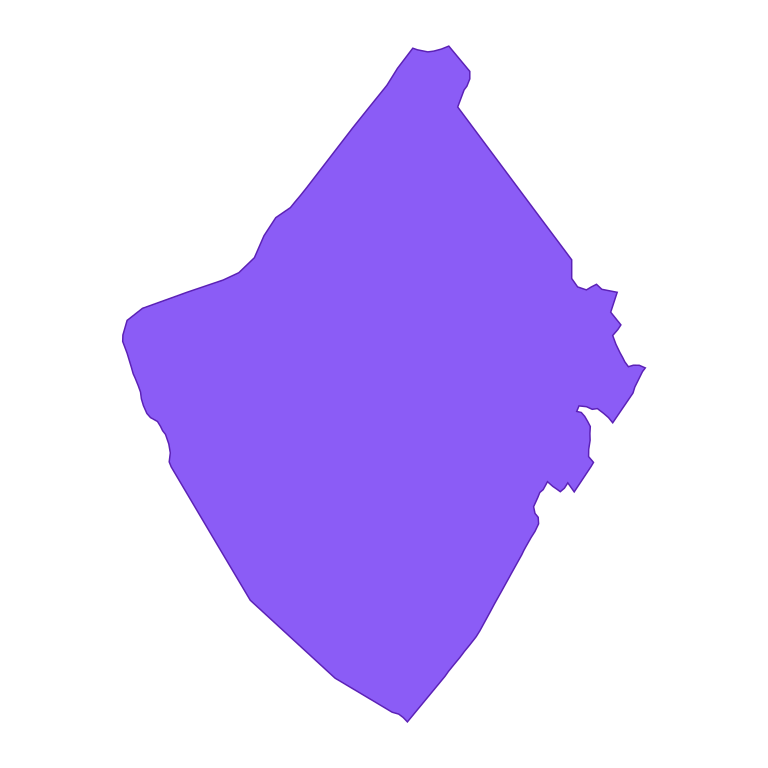 Anajatuba, Maranhão, Brazil (Natural Earth projection)
{"feature_id": "56859067B58311324239433", "entity_name": "Anajatuba", "entity_type": "district", "adm_level": 2, "iso_a3": "BRA", "parent_name": "Brazil", "parent_adm1": "Maranhão", "projection": "natural_earth1", "projection_center": [-44.559, -3.251], "detail": "fine", "context": "isolated", "style": "filled", "palette": "violet", "viewbox_px": 768, "rotation_deg": 0, "n_neighbors": 0, "source": "geoboundaries", "source_scale": "gbopen_adm2", "svg_char_len": 1716}
<svg xmlns="http://www.w3.org/2000/svg" viewBox="0 0 768 768"><path d="M620.9,324.9L610.7,312.2L617.2,292.3L601.8,289.3L596.5,284.3L591.2,287.0L586.4,289.9L577.6,286.9L571.7,278.5L571.7,259.8L535.2,211.0L457.7,107.0L464.1,89.9L466.9,86.2L469.8,78.9L469.8,71.4L448.8,46.1L441.3,49.1L433.8,51.1L427.8,51.9L417.4,49.8L412.8,48.2L397.5,68.3L386.9,85.3L369.0,107.5L352.9,127.6L306.8,187.5L300.5,195.4L294.7,202.3L290.4,207.6L275.8,217.6L264.0,235.7L254.4,257.7L238.8,272.7L223.2,280.0L187.2,292.2L142.5,308.3L127.1,320.4L122.9,335.0L122.7,341.5L127.1,353.2L131.4,367.4L133.2,373.8L135.2,378.2L138.2,385.6L140.5,392.0L141.4,398.9L143.4,405.6L146.9,413.5L150.5,417.6L157.5,421.5L160.4,426.2L162.6,430.7L165.5,434.4L168.8,444.0L170.3,452.9L169.2,461.9L171.2,466.9L212.0,535.8L250.3,600.3L335.1,678.2L387.8,709.6L392.1,712.2L398.7,714.1L403.2,717.5L407.4,721.9L445.0,676.3L448.6,671.2L453.8,664.8L460.0,657.3L464.5,651.3L469.6,645.1L476.1,636.8L479.8,630.9L482.1,626.7L484.4,622.5L489.8,612.6L494.4,604.0L501.0,592.2L507.6,580.3L511.5,573.2L516.0,565.1L521.8,554.7L523.8,550.5L526.1,546.3L531.1,537.5L535.0,531.4L538.6,523.8L538.2,517.3L535.0,513.4L533.6,506.7L537.7,497.7L539.8,492.5L543.2,489.6L547.5,481.7L552.8,486.4L556.6,489.0L560.3,491.7L564.4,488.2L567.8,482.9L574.2,491.9L591.0,466.6L593.5,462.4L588.6,456.6L588.7,449.4L590.1,440.3L589.9,433.6L590.3,426.5L587.7,421.5L584.8,416.5L581.3,412.5L576.7,411.4L579.0,405.9L586.5,406.7L592.2,409.3L597.4,408.6L603.4,413.2L608.5,417.6L612.7,422.8L633.0,393.0L634.8,387.1L642.5,371.6L645.3,367.9L639.3,365.3L633.4,365.2L628.4,366.7L624.8,361.8L622.7,357.6L620.0,352.7L615.9,344.2L612.7,335.5L617.9,329.5L620.9,324.9Z" fill="#8b5cf6" stroke="#5b21b6" stroke-width="1.5"/></svg>